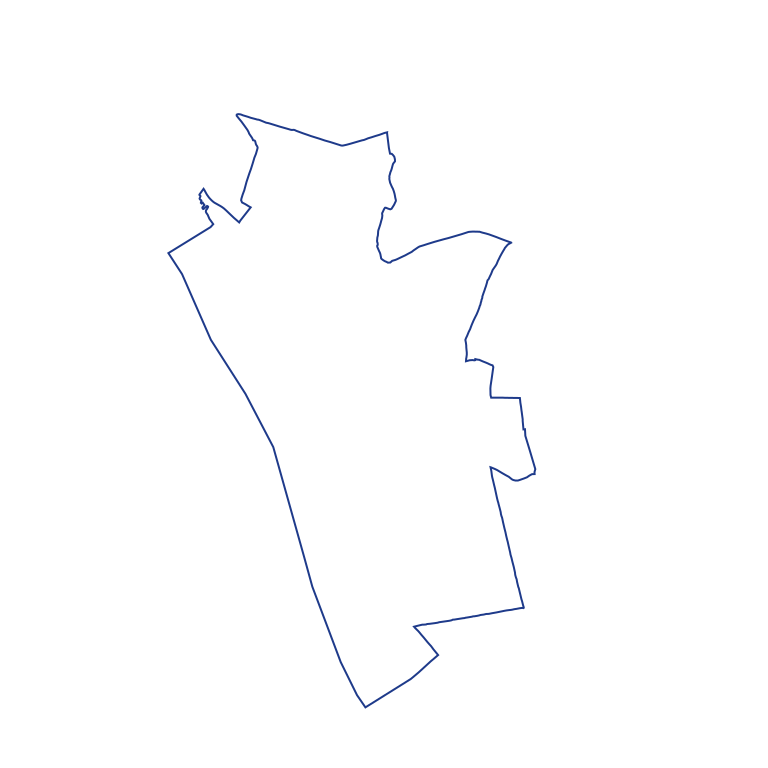 outline of Ipotesti, Olt, Romania, rotated 342°
{"feature_id": "2599482B17273556266895", "entity_name": "Ipotesti", "entity_type": "district", "adm_level": 2, "iso_a3": "ROU", "parent_name": "Romania", "parent_adm1": "Olt", "projection": "albers", "projection_center": [24.407, 44.32], "detail": "fine", "context": "isolated", "style": "outline", "palette": "blue", "viewbox_px": 768, "rotation_deg": 342, "n_neighbors": 0, "source": "geoboundaries", "source_scale": "gbopen_adm2", "svg_char_len": 6134}
<svg xmlns="http://www.w3.org/2000/svg" viewBox="0 0 768 768"><g transform="rotate(342 384 384)"><path d="M266.4,685.8L318.4,672.8L327.8,669.0L342.5,662.3L351.7,658.5L349.0,651.6L347.8,647.9L346.7,645.5L345.5,642.7L344.8,640.9L343.4,637.3L342.0,634.0L341.0,631.4L340.2,629.5L339.2,627.6L338.1,625.4L337.6,624.1L340.6,624.3L345.9,624.7L348.0,625.3L349.7,625.7L350.8,625.6L353.4,626.2L358.8,627.2L361.3,627.6L362.8,627.6L373.1,629.4L375.2,629.6L376.6,629.4L378.1,629.8L380.7,630.2L383.2,630.6L386.4,631.1L388.3,631.5L389.4,631.5L390.5,631.7L392.4,632.0L394.5,632.3L395.9,632.5L397.0,632.5L397.9,632.8L399.8,633.1L401.0,633.3L403.0,633.5L404.4,633.5L407.6,634.1L410.1,634.3L411.2,634.6L412.6,635.0L416.1,635.4L420.3,636.0L425.6,636.6L428.3,636.9L430.5,637.2L432.7,637.6L435.1,638.1L436.6,638.3L438.1,638.4L440.5,638.8L443.8,639.2L446.5,639.7L447.2,640.2L447.8,640.0L447.9,639.2L447.9,637.5L448.2,633.2L448.2,631.2L448.5,627.4L448.9,622.2L449.1,619.9L449.0,618.5L449.4,613.4L449.8,610.7L449.7,608.8L449.8,606.4L450.0,605.1L450.3,604.0L450.9,597.9L451.2,592.6L451.5,588.9L451.6,585.3L451.9,583.3L452.5,576.4L452.9,572.3L453.0,570.1L453.3,566.2L453.7,562.5L454.0,557.9L454.5,552.2L454.9,548.6L455.0,547.2L454.9,546.3L455.0,543.9L455.3,542.4L455.4,541.7L455.6,538.8L455.7,537.0L455.8,535.1L455.9,533.1L456.0,532.3L456.0,530.7L456.2,527.7L457.3,517.0L457.5,514.0L457.9,509.4L458.0,508.1L458.1,506.3L458.3,504.7L458.5,503.6L459.2,499.9L459.6,496.1L460.3,496.6L463.2,499.1L465.0,500.8L468.8,505.2L471.7,508.4L474.0,510.8L476.2,514.2L477.2,515.2L479.3,516.5L481.6,517.2L484.0,517.2L488.0,517.1L491.2,516.9L493.4,516.2L495.6,515.7L497.0,515.5L499.4,516.2L499.9,514.3L501.6,511.7L502.1,492.8L502.3,482.5L502.4,477.0L504.1,470.6L502.6,470.3L504.5,461.9L505.0,460.4L505.7,456.5L506.4,452.8L506.5,452.0L507.3,448.0L507.9,444.0L508.8,439.9L508.9,439.3L494.5,434.4L492.5,433.6L481.7,430.1L481.8,429.1L481.8,428.5L481.9,427.4L483.8,421.1L484.9,418.5L488.1,412.1L492.1,403.9L493.2,401.7L493.0,399.8L491.8,399.0L490.3,397.7L489.3,396.7L487.7,395.3L484.8,392.9L482.0,390.4L480.8,389.9L478.5,388.5L478.2,389.1L478.1,389.5L477.2,389.4L475.6,388.6L472.9,387.9L470.9,387.8L469.0,387.7L470.1,385.0L470.5,384.4L471.8,381.7L472.5,379.5L472.9,377.6L473.6,374.5L474.1,372.9L474.6,370.4L475.0,367.2L476.1,365.8L477.9,363.9L480.7,360.6L482.8,358.5L484.2,356.7L485.9,354.6L488.7,351.4L491.1,348.9L493.6,346.4L495.6,344.1L498.1,341.0L499.1,339.5L499.9,338.7L500.5,337.8L501.3,336.4L502.2,335.2L502.8,334.0L503.8,332.9L504.2,332.2L504.5,331.3L506.8,328.2L508.9,325.5L509.5,324.6L511.0,322.7L513.4,319.2L513.7,318.6L514.5,317.4L515.9,316.6L518.4,313.9L519.8,312.5L522.5,309.2L523.8,308.2L525.0,307.3L527.0,305.8L528.3,304.6L530.4,302.1L532.1,300.4L533.9,298.5L535.1,297.4L535.8,296.7L538.8,294.0L539.9,293.1L541.0,292.0L543.1,290.7L544.4,289.9L545.7,289.4L547.1,289.2L548.6,288.9L548.5,288.6L547.2,287.7L543.7,285.0L542.7,284.2L541.3,283.1L539.2,281.4L536.3,279.0L530.0,274.1L527.5,272.4L524.3,270.4L521.9,268.7L519.0,267.7L515.6,266.5L512.8,265.8L511.3,265.5L509.3,265.5L504.1,265.5L490.4,265.1L485.6,264.8L476.1,264.4L468.7,264.3L464.4,264.3L460.3,264.2L458.4,264.6L456.1,265.3L453.3,266.1L451.2,266.9L447.1,267.6L444.0,268.2L441.5,268.5L438.4,268.9L434.6,269.4L433.1,269.5L429.8,269.4L428.5,270.0L427.5,270.4L425.2,269.8L424.2,268.7L422.7,267.4L421.6,266.1L420.9,265.1L420.4,264.5L420.1,263.5L420.3,262.5L420.4,261.4L420.6,260.0L420.7,258.5L420.6,257.4L420.4,256.0L420.3,255.0L420.2,253.8L420.1,252.7L420.0,251.7L420.1,250.8L420.3,250.3L421.0,249.8L421.3,248.8L421.5,247.8L421.4,246.8L421.6,245.8L422.0,244.9L422.9,242.7L424.1,240.8L424.8,239.1L425.7,236.8L426.3,235.8L427.3,234.5L428.9,232.3L429.9,230.9L431.9,227.8L433.4,225.6L434.0,224.3L434.5,223.2L434.7,222.1L435.0,221.0L435.6,220.4L436.9,219.0L438.0,217.8L439.4,216.7L440.2,216.9L442.1,218.5L443.9,219.8L445.3,219.7L448.7,216.9L449.8,215.8L450.6,214.9L451.6,213.9L451.9,213.4L452.1,212.8L452.2,211.5L452.3,210.2L452.5,208.9L452.8,206.4L452.9,203.7L452.8,200.9L452.7,200.5L452.4,198.7L452.2,196.7L452.0,194.4L452.4,190.7L453.0,189.3L453.3,188.0L454.5,186.2L455.5,184.6L456.9,183.0L458.1,181.3L459.1,179.7L460.5,177.6L461.6,176.7L463.2,175.7L463.7,174.2L463.9,173.0L464.0,170.9L463.3,169.0L462.5,167.5L460.9,166.8L461.6,161.0L464.5,146.0L464.7,145.6L462.0,145.4L459.8,145.5L456.5,145.6L452.4,145.5L448.3,145.5L444.9,145.4L442.3,145.6L440.2,145.7L438.6,145.5L436.1,145.4L426.2,145.1L422.2,144.9L419.1,144.6L418.0,144.4L416.9,143.9L415.4,142.8L413.7,141.6L407.7,137.3L402.9,134.1L398.6,130.9L394.2,127.8L391.1,125.6L388.5,123.6L384.5,120.6L380.7,117.6L378.8,116.1L377.9,115.2L376.8,114.4L374.8,113.9L373.7,113.3L372.0,112.1L364.4,107.0L360.3,104.1L355.9,101.0L354.4,100.0L352.7,99.1L352.1,98.6L350.0,96.8L347.5,94.7L346.4,93.9L345.1,93.3L343.8,92.4L339.6,89.7L337.1,87.8L332.9,84.9L331.5,83.7L330.6,83.1L328.8,82.3L328.0,82.2L327.2,82.3L326.9,82.9L326.8,83.4L328.1,86.9L329.5,90.4L331.0,95.0L332.6,100.1L333.0,102.2L333.1,103.2L333.1,104.0L333.3,104.9L334.4,108.6L334.7,109.9L334.8,111.7L335.4,112.0L335.9,112.3L336.3,112.7L336.5,113.3L336.4,114.8L336.3,116.1L336.4,117.2L336.8,118.5L336.9,119.6L336.8,120.3L336.2,121.3L333.3,125.6L330.6,128.8L329.8,130.0L327.1,133.9L323.9,138.4L321.0,142.1L315.7,149.3L310.9,156.7L309.6,158.3L308.1,160.2L305.7,163.6L304.9,165.1L305.0,166.3L305.1,167.5L307.5,169.9L308.9,171.5L310.3,173.2L311.8,174.8L297.8,184.2L296.2,185.6L294.6,182.9L292.6,179.6L289.3,173.5L287.7,170.5L286.1,167.7L284.9,166.0L283.6,164.4L280.1,160.6L278.8,159.2L277.8,157.8L276.8,156.1L276.0,154.5L275.2,152.7L274.1,149.2L273.6,146.7L273.1,144.0L272.7,142.6L267.0,146.8L266.9,147.3L267.5,148.3L267.4,148.8L266.4,150.0L265.9,150.7L266.0,151.6L266.6,152.3L267.0,153.0L266.4,154.1L265.8,155.1L266.3,156.0L267.6,155.5L268.5,158.3L265.9,159.9L265.7,160.3L265.8,161.1L266.1,161.7L266.7,161.7L270.7,160.0L271.2,160.4L271.5,161.0L271.2,161.5L269.7,162.9L268.4,163.8L267.8,165.1L267.9,166.3L268.6,168.6L269.0,172.9L271.0,179.2L267.5,181.2L219.4,192.9L225.9,217.1L233.0,288.5L249.2,350.6L259.2,409.8L254.6,523.7L253.2,554.6L256.9,635.1L262.2,671.6L266.4,685.8Z" fill="none" stroke="#1e3a8a" stroke-width="2"/></g></svg>